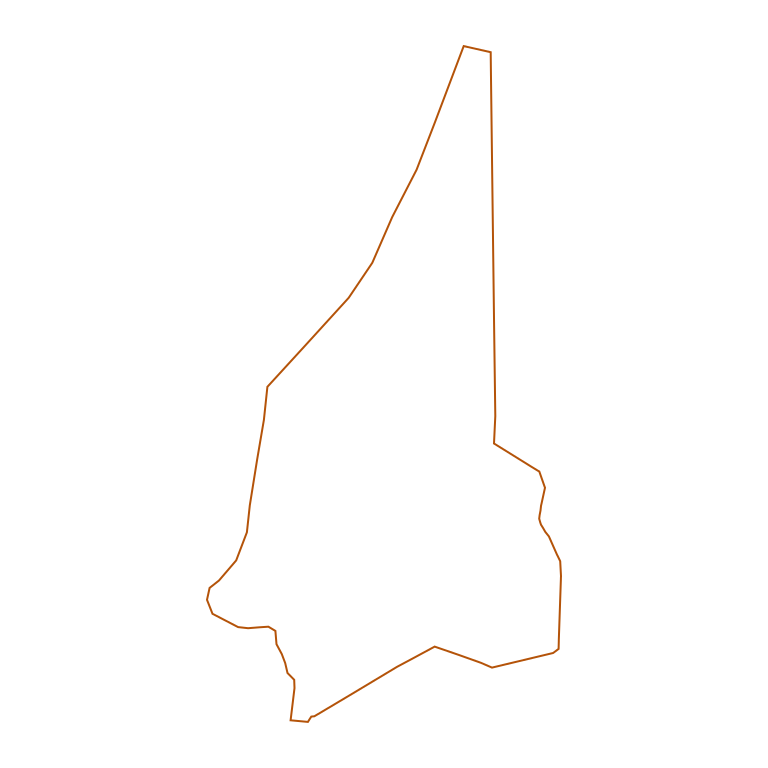 outline of Batha Est, Batha, Chad
{"feature_id": "50815135B79604505945545", "entity_name": "Batha Est", "entity_type": "district", "adm_level": 2, "iso_a3": "TCD", "parent_name": "Chad", "parent_adm1": "Batha", "projection": "orthographic", "projection_center": [19.699, 14.229], "detail": "fine", "context": "isolated", "style": "outline", "palette": "amber", "viewbox_px": 768, "rotation_deg": 0, "n_neighbors": 0, "source": "geoboundaries", "source_scale": "gbopen_adm2", "svg_char_len": 1096}
<svg xmlns="http://www.w3.org/2000/svg" viewBox="0 0 768 768"><path d="M290.6,720.3L307.9,721.9L309.6,719.2L311.3,716.6L313.0,716.4L314.3,716.3L345.6,697.7L397.1,666.8L414.7,657.4L434.7,646.6L434.9,646.7L458.7,654.9L463.2,656.5L480.9,662.8L492.0,667.6L553.1,653.0L558.6,648.9L558.6,648.7L558.8,641.1L558.8,640.3L558.8,640.2L560.9,578.8L560.9,578.0L561.0,576.2L560.2,561.2L557.5,555.6L557.1,554.9L555.5,551.3L548.9,536.4L547.3,534.4L545.3,531.9L543.0,527.9L541.0,524.7L540.2,522.3L539.2,518.7L539.6,515.3L540.5,510.6L540.9,507.0L541.0,505.9L541.6,503.3L545.0,487.7L544.5,486.4L539.3,471.5L537.7,470.6L531.0,466.5L494.0,443.5L495.3,416.1L494.0,318.0L490.9,70.0L490.7,52.2L463.7,46.1L434.9,122.4L416.6,169.7L392.2,217.1L372.3,262.8L348.7,297.8L304.7,346.1L267.4,386.8L263.9,419.9L257.2,459.2L255.1,472.3L249.8,505.4L246.9,532.3L236.2,560.4L219.0,580.5L209.6,587.9L207.0,599.8L212.5,613.8L222.9,619.2L238.1,627.1L248.1,628.2L259.4,627.3L268.4,626.7L275.4,630.9L276.5,644.2L281.8,654.1L285.2,663.1L287.5,673.0L294.2,679.8L294.5,688.1L290.6,720.3Z" fill="none" stroke="#b45309" stroke-width="2"/></svg>